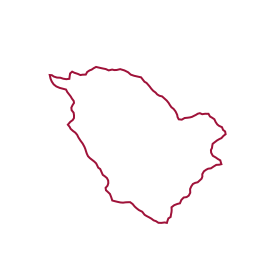 the district of São Francisco de Paula, Minas Gerais, Brazil, rotated 312°
{"feature_id": "56859067B89224130991777", "entity_name": "São Francisco de Paula", "entity_type": "district", "adm_level": 2, "iso_a3": "BRA", "parent_name": "Brazil", "parent_adm1": "Minas Gerais", "projection": "mercator", "projection_center": [-44.994, -20.695], "detail": "fine", "context": "isolated", "style": "outline", "palette": "rose", "viewbox_px": 256, "rotation_deg": 312, "n_neighbors": 0, "source": "geoboundaries", "source_scale": "gbopen_adm2", "svg_char_len": 2462}
<svg xmlns="http://www.w3.org/2000/svg" viewBox="0 0 256 256"><g transform="rotate(312 128 128)"><path d="M63.6,164.8L64.7,167.0L66.1,169.6L67.6,172.2L69.2,174.3L71.0,175.8L72.5,177.3L74.3,179.2L74.6,182.3L74.1,185.6L74.1,188.1L74.3,191.0L75.3,194.6L74.6,198.4L75.0,200.6L75.7,203.3L76.3,206.1L76.5,208.8L77.5,211.2L77.9,214.0L79.8,216.3L82.3,218.4L83.5,220.4L85.6,219.4L87.8,218.5L90.4,219.2L92.4,217.9L94.6,216.6L96.3,215.3L98.2,213.4L101.6,214.0L104.6,215.5L106.8,217.0L110.2,215.8L113.6,215.9L115.9,217.8L118.4,218.4L121.5,217.6L124.2,215.0L126.9,214.1L129.8,213.7L132.1,214.6L134.3,216.1L137.2,216.4L139.6,216.6L141.6,215.8L143.4,214.1L146.6,213.4L149.3,214.0L151.4,214.8L153.5,216.6L156.7,217.4L159.7,218.3L161.7,220.3L163.6,221.6L165.7,218.2L165.1,215.5L164.8,212.9L164.1,209.6L165.3,206.3L167.1,204.4L169.3,203.8L171.2,202.5L172.9,201.5L175.1,201.9L178.4,202.5L180.9,203.3L183.0,204.2L186.0,204.2L188.7,204.7L190.4,202.5L190.2,199.9L191.5,197.3L190.5,194.1L190.4,191.9L191.1,189.1L192.3,186.3L191.9,183.5L191.4,181.2L192.4,178.3L190.2,175.8L187.9,173.9L187.1,171.5L185.3,170.3L183.2,169.7L181.2,168.9L179.1,168.1L177.4,167.0L175.6,165.5L173.3,163.4L170.2,162.4L168.4,159.9L169.3,157.5L170.7,155.7L172.1,152.3L172.7,149.2L172.5,146.3L173.1,143.7L173.8,141.5L174.3,138.4L174.3,135.3L174.3,132.2L173.0,129.8L172.5,127.2L172.8,124.8L172.5,121.8L172.8,118.9L173.3,116.5L173.6,114.2L173.9,111.6L173.4,109.3L173.9,106.5L174.4,103.8L172.8,101.0L170.9,97.6L169.5,94.3L169.5,90.8L168.4,86.8L166.5,82.8L163.6,80.8L161.9,79.1L160.8,77.1L157.9,75.1L156.9,72.0L155.4,69.5L153.6,66.3L152.0,63.4L149.5,62.5L147.0,61.9L145.1,60.9L142.3,60.2L139.4,60.9L137.5,58.8L135.5,57.2L134.6,54.4L133.2,51.3L132.5,48.8L129.8,48.5L127.6,49.9L125.3,51.5L123.0,49.5L121.3,46.9L120.1,44.1L117.9,41.4L116.6,38.4L116.3,36.1L115.0,34.4L112.8,37.5L111.5,40.3L110.7,43.6L110.9,46.9L112.1,50.4L113.6,53.3L115.1,56.2L114.1,58.8L113.6,61.6L113.1,64.3L112.3,66.8L111.8,69.5L110.5,71.1L107.9,71.5L105.2,72.3L103.5,74.2L103.0,77.3L101.3,79.4L99.2,81.2L96.9,81.6L93.9,81.0L90.2,81.1L89.8,83.8L89.0,85.9L89.0,89.0L89.3,92.0L88.9,94.8L87.8,97.5L86.8,101.2L86.1,104.7L84.9,108.1L83.8,110.4L82.6,112.4L81.4,114.5L80.3,117.1L80.1,119.8L80.3,122.5L80.5,125.4L80.4,128.0L79.5,130.3L78.6,132.4L78.9,134.8L77.6,137.7L76.3,140.6L76.6,143.0L76.7,145.8L75.7,148.4L73.8,150.3L71.4,151.4L68.5,151.4L67.0,153.3L67.0,155.7L66.9,158.7L65.2,162.1L63.6,164.8Z" fill="none" stroke="#9f1239" stroke-width="2"/></g></svg>